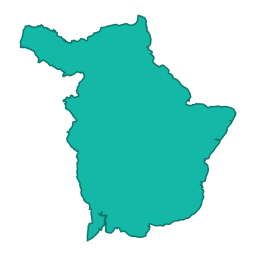 Eton, Shefa, Vanuatu
{"feature_id": "77236927B17135940935596", "entity_name": "Eton", "entity_type": "district", "adm_level": 2, "iso_a3": "VUT", "parent_name": "Vanuatu", "parent_adm1": "Shefa", "projection": "orthographic", "projection_center": [168.474, -17.706], "detail": "fine", "context": "isolated", "style": "filled", "palette": "teal", "viewbox_px": 256, "rotation_deg": 0, "n_neighbors": 0, "source": "geoboundaries", "source_scale": "gbopen_adm2", "svg_char_len": 5649}
<svg xmlns="http://www.w3.org/2000/svg" viewBox="0 0 256 256"><path d="M67.3,141.3L68.8,142.8L71.5,147.1L73.8,148.5L73.9,149.4L75.7,149.8L76.6,151.1L78.2,151.1L78.1,153.6L77.0,154.6L77.1,156.1L76.5,156.6L77.8,159.0L78.4,161.3L78.1,162.1L77.2,162.3L77.0,163.4L77.4,166.0L77.2,167.6L77.6,168.8L76.9,171.1L77.4,176.1L76.8,176.8L77.5,178.9L78.8,180.8L78.9,181.7L79.9,182.9L80.1,183.9L79.7,185.1L80.3,186.0L80.4,187.8L81.5,189.4L81.0,193.0L81.5,195.0L82.5,196.8L83.6,198.0L84.2,200.6L86.9,202.9L88.7,203.3L89.5,205.2L89.8,206.9L89.8,208.7L89.5,209.2L91.0,209.1L91.4,209.9L91.1,213.5L92.5,222.9L89.2,223.7L88.9,225.3L88.1,226.4L88.3,227.7L87.4,235.8L87.5,240.6L92.5,237.8L96.2,234.4L98.4,232.0L98.8,230.8L98.9,228.8L99.6,229.6L100.9,230.2L101.4,230.0L101.7,229.4L101.2,228.9L101.3,228.2L102.5,227.2L102.7,226.3L104.6,224.9L104.4,219.5L104.8,218.0L106.0,216.8L106.0,216.2L104.9,215.6L101.3,215.7L99.8,214.9L99.1,214.0L99.9,214.1L101.5,213.2L101.5,212.5L102.3,211.2L101.6,213.3L100.3,214.2L100.2,214.8L102.3,215.5L104.4,215.0L106.7,215.4L106.4,215.7L106.4,217.2L105.4,218.4L105.1,219.6L106.2,224.2L105.4,227.5L106.3,229.0L105.7,229.4L105.9,230.0L105.4,230.8L106.6,232.1L107.8,232.6L110.9,233.0L112.6,231.8L113.9,230.1L114.9,227.9L117.2,228.6L118.1,227.3L119.6,228.3L119.8,229.4L121.1,231.8L123.5,231.1L125.3,231.6L128.4,234.7L131.0,236.1L134.9,236.3L138.2,237.1L142.4,237.1L145.7,235.8L146.2,233.4L149.2,229.6L149.9,227.0L148.3,226.1L148.2,225.7L149.3,225.3L149.5,223.8L153.0,224.6L153.9,225.2L156.0,225.8L161.6,225.3L161.5,225.7L162.7,225.9L164.4,225.3L164.8,224.5L166.0,224.0L168.5,224.3L170.6,223.8L171.3,222.8L174.7,220.9L177.9,220.7L181.3,219.7L183.8,219.7L185.3,218.6L188.9,217.9L190.7,216.1L191.1,215.1L191.7,215.1L195.0,213.2L199.3,208.6L201.4,204.6L201.7,202.2L202.5,200.0L202.2,199.1L203.2,198.5L203.7,196.6L202.7,194.4L203.7,191.4L203.1,189.7L202.1,189.5L201.7,188.4L201.8,187.7L202.8,187.4L202.5,186.4L202.0,185.5L201.3,185.5L200.5,185.0L201.9,184.1L202.0,183.4L201.7,182.5L200.4,181.9L202.5,182.0L204.9,181.1L205.6,179.5L205.7,177.5L207.8,172.4L208.3,169.6L207.6,165.3L206.2,163.8L204.8,163.5L204.8,162.5L204.2,161.9L205.7,159.8L204.5,160.5L204.2,159.6L205.2,158.5L206.8,159.0L208.0,158.7L208.9,158.0L209.7,155.2L211.5,152.8L213.1,151.4L215.6,147.5L219.1,143.3L219.9,141.5L219.8,141.0L215.9,139.4L216.8,139.1L217.6,139.7L220.4,140.0L226.0,132.9L227.3,129.6L227.0,128.2L231.6,122.6L231.7,122.0L230.5,120.9L232.2,121.1L235.6,114.7L235.7,112.3L235.2,114.5L234.2,116.6L235.2,114.1L235.3,112.2L233.8,109.4L232.1,108.3L226.8,106.6L223.4,106.6L221.3,107.2L219.5,106.2L217.0,106.2L216.8,106.5L210.7,106.7L209.4,107.0L208.3,107.9L207.3,107.4L205.4,105.4L202.7,104.1L195.9,103.8L194.2,104.8L192.6,104.6L192.0,105.4L190.2,105.6L187.9,105.1L185.8,104.1L185.9,102.8L186.6,101.4L188.0,100.4L188.8,101.0L189.5,100.7L189.2,99.4L188.7,99.0L190.3,97.8L190.7,96.7L190.0,93.7L187.8,89.6L186.7,88.4L183.2,86.6L181.7,85.2L180.7,84.7L180.4,83.5L177.4,80.0L174.7,78.6L173.0,78.4L172.5,77.8L173.0,77.2L172.9,76.5L171.6,74.6L169.9,73.6L168.6,73.7L168.4,72.6L169.0,70.7L168.4,69.6L163.2,65.2L161.9,65.3L159.0,67.0L158.2,66.0L157.0,65.7L152.7,62.0L153.4,59.3L153.9,58.8L153.8,57.0L152.0,54.9L151.2,54.7L150.6,53.3L152.1,52.9L152.0,51.6L149.5,50.1L148.4,49.9L148.6,48.2L147.2,47.5L146.9,47.1L149.1,46.1L150.0,44.9L150.6,42.9L150.9,39.5L149.8,34.6L147.6,31.1L147.2,31.4L146.8,31.0L147.1,30.6L147.0,28.8L146.5,27.9L146.9,27.9L146.9,27.1L146.5,25.9L146.1,26.0L146.0,24.5L146.2,21.0L145.2,18.7L143.9,17.3L143.2,17.4L142.3,16.7L138.2,15.4L137.4,21.1L135.6,23.8L134.4,24.0L132.4,25.3L128.9,25.0L127.9,24.2L125.6,23.7L118.7,25.7L116.8,24.6L115.1,24.5L106.8,26.5L104.7,27.4L101.4,27.5L100.9,28.0L100.5,29.9L99.2,31.8L97.5,32.1L96.2,33.1L95.9,32.8L94.2,33.0L92.7,35.4L88.0,37.0L87.4,39.1L87.6,39.8L87.1,40.6L85.8,40.7L84.5,39.5L81.1,38.5L78.8,41.1L78.0,41.3L75.9,41.5L75.5,40.9L74.3,40.3L73.3,40.5L73.7,40.8L71.9,40.7L71.4,41.3L71.8,42.0L71.7,42.4L70.9,43.2L69.6,42.5L68.0,43.0L67.0,41.6L65.7,41.9L64.6,41.2L65.6,40.7L64.9,40.2L63.7,40.2L63.5,39.8L64.0,39.4L62.4,38.5L61.3,36.9L59.7,37.0L57.2,35.6L56.8,35.1L57.3,33.1L55.9,31.9L54.8,31.8L55.3,31.0L55.0,30.5L54.1,30.5L53.4,29.8L53.0,31.0L52.4,31.2L51.7,30.5L50.2,30.5L49.1,29.3L48.3,29.2L48.1,28.5L47.4,28.1L46.6,28.3L45.6,27.5L43.5,27.4L43.0,26.8L42.8,25.9L41.9,25.6L41.4,24.9L39.9,26.0L38.2,25.9L35.9,27.1L34.6,27.4L32.6,27.1L31.4,26.4L30.4,26.6L29.3,25.5L27.9,26.0L25.9,26.1L25.3,26.3L25.4,27.4L23.2,30.6L23.4,31.6L22.2,37.2L20.3,42.1L20.8,44.9L20.5,47.1L22.0,47.7L23.1,46.8L23.9,47.6L25.5,47.3L27.2,48.3L28.6,48.2L29.4,49.1L31.3,49.5L31.7,50.2L34.4,51.4L35.7,55.0L37.3,56.3L38.7,58.8L38.2,62.2L39.7,62.6L41.4,60.7L42.1,60.9L43.8,60.2L48.1,63.2L49.7,65.3L50.8,65.7L52.3,65.3L53.1,66.6L54.0,66.7L56.5,68.6L58.2,69.4L60.8,69.0L61.5,70.2L63.4,72.0L65.1,72.4L65.2,72.7L63.1,74.4L62.9,75.3L63.3,76.6L64.1,76.5L64.7,75.7L66.2,75.5L67.8,74.5L69.5,75.7L70.5,75.6L74.1,74.0L76.9,71.8L79.2,72.3L80.8,73.1L81.9,72.2L82.6,72.2L84.2,75.2L84.3,77.7L83.7,77.9L81.3,81.2L79.1,82.9L79.1,85.3L77.4,87.4L77.4,89.2L76.4,90.9L77.1,92.2L77.2,93.3L78.5,94.0L78.6,96.4L77.2,96.4L76.2,97.1L74.3,97.4L73.3,97.1L72.6,95.6L70.9,95.3L70.5,95.7L70.4,97.6L70.1,97.9L68.5,97.9L66.9,97.2L66.2,97.9L66.1,98.9L65.1,99.6L64.0,99.8L63.2,100.9L63.6,101.5L65.1,101.3L66.2,101.7L66.3,102.4L64.7,103.8L65.7,104.8L65.6,108.2L66.5,108.6L66.7,109.2L69.0,110.0L69.4,110.8L70.2,111.4L70.9,112.9L72.5,114.5L73.1,116.1L73.9,116.6L74.3,117.7L75.7,118.4L76.2,120.3L76.7,120.8L75.8,121.7L74.4,121.5L72.9,122.3L72.7,125.1L72.2,126.9L69.7,129.6L69.3,131.2L67.4,132.1L68.4,133.1L69.2,134.6L68.1,135.7L66.9,138.3L67.3,141.3Z" fill="#14b8a6" stroke="#0f766e" stroke-width="1.5"/></svg>